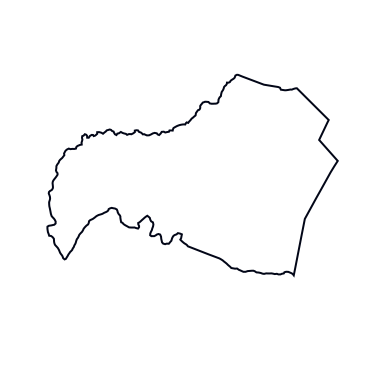 Maracás, Bahia, Brazil (Albers equal-area conic projection), rotated 77°
{"feature_id": "56859067B13324935934873", "entity_name": "Maracás", "entity_type": "district", "adm_level": 2, "iso_a3": "BRA", "parent_name": "Brazil", "parent_adm1": "Bahia", "projection": "albers", "projection_center": [-40.57, -13.536], "detail": "fine", "context": "isolated", "style": "outline", "palette": "ink", "viewbox_px": 384, "rotation_deg": 77, "n_neighbors": 0, "source": "geoboundaries", "source_scale": "gbopen_adm2", "svg_char_len": 5054}
<svg xmlns="http://www.w3.org/2000/svg" viewBox="0 0 384 384"><g transform="rotate(77 192 192)"><path d="M140.4,319.7L142.0,319.5L143.4,318.8L144.9,319.1L145.8,320.0L146.7,321.0L147.7,322.2L148.8,323.6L149.8,324.7L151.0,325.5L152.2,325.9L154.0,326.1L156.1,326.4L157.3,326.9L158.5,328.2L159.1,330.2L159.9,331.4L161.3,331.9L163.1,331.6L164.9,331.5L166.7,331.8L167.9,332.4L169.8,333.5L171.7,333.9L173.8,334.2L176.2,334.2L179.3,334.3L181.5,334.4L183.9,334.2L185.6,333.3L186.9,332.5L188.4,331.9L190.1,331.5L192.0,332.0L192.9,333.5L192.9,336.5L192.7,339.0L193.2,340.6L194.6,341.0L195.9,341.2L198.7,341.4L200.7,341.1L202.5,341.0L203.1,339.3L204.4,338.1L206.4,337.1L207.9,337.3L209.6,337.6L211.4,337.6L212.8,337.3L215.3,335.9L216.4,335.3L218.8,334.6L221.5,334.2L223.1,333.6L224.3,333.0L225.6,332.6L227.5,332.4L229.0,331.3L228.8,330.0L227.3,328.5L226.1,327.3L225.1,326.5L224.1,325.3L223.1,324.3L222.4,323.1L221.4,321.7L220.2,320.9L219.2,319.7L217.5,318.6L216.4,317.5L215.3,316.7L213.8,315.9L212.2,314.9L210.9,313.4L209.7,312.4L208.3,311.4L207.2,309.9L206.0,308.0L204.5,306.6L203.4,305.8L202.3,304.4L201.5,303.2L200.9,302.2L200.2,300.5L198.8,299.5L197.3,298.9L196.5,297.5L196.2,295.9L195.9,294.6L195.0,292.5L194.0,290.5L193.4,288.2L193.3,286.2L193.2,284.7L192.9,283.4L192.5,282.2L192.2,280.3L191.7,278.6L191.0,277.7L189.9,277.0L189.5,275.5L189.4,273.8L190.1,272.4L190.8,270.7L192.1,269.2L193.7,268.9L195.3,268.9L197.3,268.3L198.4,267.6L199.6,267.3L201.0,267.6L202.4,267.7L204.3,267.8L205.6,267.8L206.3,266.7L207.9,265.9L209.3,264.6L210.9,262.8L212.3,261.3L212.9,259.4L213.4,257.4L213.6,256.1L214.5,254.7L215.5,252.8L214.4,251.5L213.2,251.2L211.5,251.6L210.1,251.4L209.7,250.0L209.1,248.8L208.1,247.1L207.2,245.4L206.4,244.0L205.6,242.3L205.1,240.9L206.6,239.7L207.8,238.9L209.5,238.9L211.4,238.4L212.8,236.9L214.9,236.9L216.8,237.7L218.6,238.9L220.1,239.7L221.5,240.9L222.9,241.9L224.7,242.5L225.9,241.5L226.5,238.7L226.1,237.1L225.5,235.7L225.4,234.1L226.3,232.6L228.5,232.2L230.8,232.5L232.3,232.5L234.3,232.5L235.8,231.7L236.8,229.9L236.6,228.4L237.2,226.2L235.7,224.3L234.9,223.1L232.6,221.8L231.4,220.8L230.5,219.8L230.0,218.4L229.8,216.6L228.9,215.0L229.9,212.9L231.0,211.4L233.0,212.3L234.4,212.9L235.8,214.1L237.6,213.0L239.0,212.0L240.4,210.9L241.3,209.9L242.5,208.9L244.0,208.2L256.4,190.0L262.9,180.2L264.1,178.9L265.5,177.5L266.9,176.5L268.1,175.5L269.5,174.4L271.4,173.2L273.5,171.6L274.9,170.8L275.5,169.4L276.4,167.3L276.7,165.3L278.3,163.9L279.3,162.5L280.1,161.5L281.3,159.9L281.8,157.7L281.6,155.5L281.9,153.4L282.2,151.3L282.5,149.9L283.3,148.7L284.8,147.3L285.5,145.1L286.4,143.2L287.4,141.7L288.0,140.2L288.0,138.0L288.6,135.8L288.9,134.5L289.1,133.1L289.7,131.6L290.6,129.8L290.8,127.7L291.7,126.4L292.2,124.4L291.9,122.7L292.0,120.9L291.0,120.0L290.9,118.2L291.5,116.1L292.8,114.3L293.8,113.0L295.0,112.1L296.1,111.6L289.5,108.6L259.4,95.2L243.6,88.1L226.1,72.5L218.4,65.5L204.1,52.6L199.0,47.6L194.5,43.0L169.9,56.4L156.4,45.7L154.4,44.1L152.6,42.6L118.5,64.0L114.5,66.5L114.3,68.0L114.4,69.9L114.7,71.7L114.3,73.1L114.2,75.4L114.0,77.5L113.7,78.8L113.2,80.1L112.3,82.4L110.2,82.8L109.1,84.4L107.8,87.6L103.6,97.8L90.9,116.9L88.3,120.6L87.9,121.8L88.3,123.5L90.2,124.7L91.0,126.0L91.5,127.5L92.2,129.2L93.4,130.4L93.7,131.8L93.3,133.3L94.4,133.7L95.6,134.8L96.2,136.2L97.0,137.2L98.2,137.8L99.5,138.7L101.3,140.6L103.3,141.6L105.1,142.3L106.1,143.9L107.8,145.3L109.0,145.7L110.5,146.2L111.3,147.8L111.2,149.3L110.9,150.7L110.5,152.8L109.7,154.7L108.0,155.7L107.4,157.5L107.0,159.0L107.2,160.2L107.3,161.4L108.4,162.7L109.2,163.8L110.1,164.7L111.4,164.9L112.6,165.4L113.5,166.4L113.6,167.7L114.7,169.0L116.0,170.4L118.2,171.3L119.1,173.2L119.8,174.4L120.4,175.8L121.8,177.5L122.7,178.9L123.8,180.2L123.0,181.5L123.6,182.5L124.7,183.4L124.3,184.7L124.1,186.0L124.0,187.5L124.0,189.2L124.3,191.5L124.8,193.4L125.5,195.6L126.4,196.3L127.8,197.0L127.4,198.2L127.0,200.1L128.1,200.9L128.0,202.7L128.0,204.7L126.9,205.9L126.6,208.0L128.0,209.4L129.1,211.2L128.2,212.5L126.9,213.1L126.0,215.1L126.1,217.0L126.7,219.0L127.1,221.1L126.7,223.2L125.7,224.6L124.9,225.6L124.8,226.9L123.6,227.6L122.5,228.5L121.6,230.0L119.8,230.8L119.3,232.4L119.3,233.9L120.8,234.2L121.6,236.0L122.1,238.1L121.6,239.3L121.4,240.6L121.7,242.4L120.5,243.3L119.6,245.1L118.8,246.4L117.5,247.8L118.4,250.2L118.3,251.6L119.5,252.8L118.4,254.1L116.8,254.6L115.5,254.8L114.5,256.2L113.3,256.9L112.6,258.1L112.7,259.6L112.8,261.3L113.6,262.3L114.3,263.9L115.2,265.6L113.9,266.9L112.8,268.9L112.4,270.9L114.0,271.3L114.8,272.7L115.3,273.8L115.4,275.2L114.2,275.6L113.8,276.9L114.4,278.8L115.9,280.4L115.5,281.9L113.8,281.6L112.5,282.1L111.6,283.4L112.7,285.0L112.9,286.4L114.5,287.0L116.3,287.0L117.7,287.7L119.0,288.5L121.0,288.8L120.9,290.4L121.1,291.6L121.4,293.3L122.3,294.7L123.6,295.3L123.6,296.9L123.1,298.8L122.9,300.8L122.0,302.3L122.5,304.4L123.4,306.0L124.4,306.9L125.7,308.0L127.4,308.1L128.8,309.8L129.7,310.9L130.3,312.1L131.0,313.3L131.8,314.3L133.4,315.3L134.9,317.1L136.3,318.3L138.2,318.8L140.4,319.7Z" fill="none" stroke="#020617" stroke-width="2"/></g></svg>